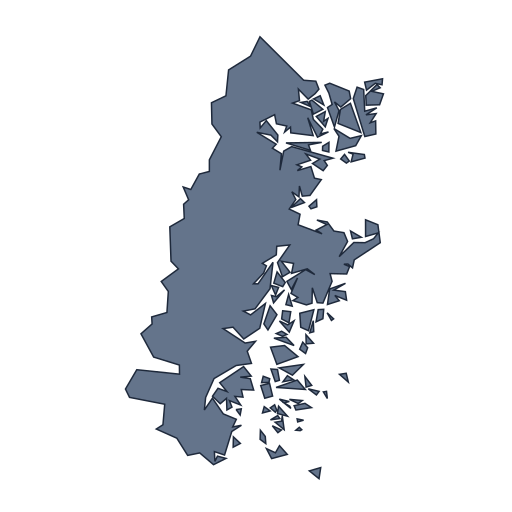 the Region of Aisén del General Carlos Ibáñez del Campo, rotated 183°
{"feature_id": "CHL-2691", "entity_name": "Aisén del General Carlos Ibáñez del Campo", "entity_type": "Region", "adm_level": 1, "iso_a3": "CHL", "parent_name": "Chile", "parent_adm1": "", "projection": "albers", "projection_center": [-74.056, -46.391], "detail": "fine", "context": "isolated", "style": "filled", "palette": "slate", "viewbox_px": 512, "rotation_deg": 183, "n_neighbors": 0, "source": "natural_earth", "source_scale": "10m", "svg_char_len": 6168}
<svg xmlns="http://www.w3.org/2000/svg" viewBox="0 0 512 512"><g transform="rotate(183 256 256)"><path d="M346.5,78.0L340.1,82.6L339.4,103.2L374.9,108.2L379.4,116.3L369.1,136.2L326.2,134.0L326.8,143.1L352.9,149.7L366.8,172.3L356.2,182.7L357.0,189.7L342.0,194.9L341.7,216.0L349.3,225.6L332.8,239.1L340.6,246.4L343.6,280.6L329.6,289.7L331.0,303.9L326.2,308.6L332.3,321.1L324.6,319.0L316.9,334.9L307.0,338.0L307.6,349.6L296.9,373.3L306.9,385.5L308.5,406.7L294.4,414.4L293.1,440.4L271.9,455.3L263.5,475.1L217.6,434.0L205.4,433.7L201.9,425.9L205.5,421.2L212.1,415.4L222.4,424.9L220.7,413.4L227.6,410.6L208.4,404.8L205.9,395.4L195.9,386.1L198.1,381.3L190.1,383.7L200.8,377.9L211.6,396.8L205.2,379.2L227.7,380.8L228.3,386.5L233.9,381.3L232.1,387.4L242.5,389.1L244.8,398.1L259.1,389.9L258.5,384.1L252.8,391.7L240.5,377.9L240.5,371.2L247.4,377.5L261.7,379.6L241.7,368.7L245.3,364.5L236.0,359.5L236.6,342.9L233.8,362.2L226.1,367.1L184.3,357.7L192.9,354.8L189.5,350.2L193.4,344.7L204.4,351.3L197.3,356.1L211.6,360.5L206.5,354.5L219.9,349.2L214.9,347.4L219.2,343.4L205.9,348.2L201.7,336.8L194.8,335.7L205.3,319.3L212.9,318.2L216.3,328.2L216.2,317.3L223.6,322.0L219.2,314.5L225.3,304.6L214.2,300.0L215.6,289.4L191.2,281.6L197.2,285.1L186.9,291.1L197.1,295.1L186.6,293.7L179.5,285.0L169.4,283.9L165.3,275.3L172.9,259.7L159.0,274.6L147.8,275.0L139.5,279.4L135.1,285.5L147.6,281.2L148.5,297.9L135.9,293.6L132.6,275.8L157.7,257.3L159.0,249.2L163.8,252.8L167.8,252.4L162.0,250.3L164.5,242.8L181.1,242.3L178.7,234.7L186.7,212.5L192.4,212.6L198.1,227.2L197.6,211.8L203.1,209.8L216.8,213.4L212.0,216.8L219.1,220.5L213.4,236.3L219.0,224.4L223.8,232.3L205.7,245.0L196.3,240.5L204.1,245.9L219.6,240.5L218.1,250.6L230.4,252.1L221.2,241.5L228.5,236.7L234.2,250.5L222.8,268.8L235.8,266.8L235.8,258.2L249.3,249.0L245.1,246.7L247.5,239.4L257.1,228.1L252.5,228.3L238.7,250.6L240.3,224.1L254.2,203.2L265.8,200.3L258.3,196.9L244.1,209.1L248.5,184.0L263.9,172.5L275.2,183.7L285.1,181.8L262.3,168.5L252.0,170.8L259.8,160.5L254.9,148.5L270.1,145.6L291.5,131.4L298.9,112.1L299.5,99.5L292.1,111.7L280.4,96.6L267.1,91.9L270.3,84.1L261.7,86.2L271.0,79.5L277.0,55.6L287.3,58.5L286.3,48.7L284.0,54.1L275.4,52.3L287.5,45.4L301.9,56.4L313.8,53.3L325.5,69.9L346.5,78.0ZM251.3,122.0L263.7,121.9L261.6,114.4L269.7,114.7L263.5,106.4L275.0,110.2L272.1,103.8L277.0,100.7L278.0,112.3L284.0,106.6L292.1,113.7L287.0,121.9L277.9,119.1L285.6,127.6L262.6,144.9L254.5,135.8L265.4,134.2L255.3,133.2L251.3,122.0ZM163.9,429.9L157.2,427.9L155.0,406.3L143.1,410.3L153.6,402.7L143.5,404.5L148.9,395.0L143.6,397.2L142.7,384.1L153.6,381.0L167.1,418.3L163.9,429.9ZM191.7,422.4L196.1,430.2L191.4,432.4L171.6,425.6L169.7,418.1L179.1,409.2L185.7,414.0L180.7,405.5L184.4,388.9L192.4,408.0L187.9,411.3L191.7,422.4ZM169.7,413.4L157.8,384.8L181.0,392.7L179.3,406.8L169.7,413.4ZM236.7,165.7L222.8,168.1L208.8,157.7L229.5,148.9L236.7,165.7ZM157.1,381.7L162.2,371.4L181.6,364.9L179.4,379.9L184.9,387.4L168.2,378.4L157.1,381.7ZM199.8,125.3L229.1,125.8L208.3,134.3L199.8,125.3ZM232.0,370.5L196.3,372.9L209.4,369.7L207.2,364.4L232.0,370.5ZM182.1,211.3L180.7,226.9L165.2,233.4L176.6,226.0L164.9,225.1L163.2,216.6L175.2,220.7L170.5,215.7L182.1,211.3ZM154.8,421.9L144.2,433.5L140.8,430.5L149.1,426.5L137.2,424.6L140.5,413.5L153.8,412.4L154.8,421.9ZM195.4,205.4L199.7,184.1L207.6,187.2L209.3,201.1L195.4,205.4ZM240.2,182.8L244.6,188.6L239.3,207.0L232.0,198.5L240.2,182.8ZM203.0,150.2L213.4,138.9L227.0,145.5L203.0,150.2ZM213.3,168.6L233.8,174.9L221.6,176.4L213.3,168.6ZM214.4,59.5L229.8,54.5L235.5,64.2L226.3,60.5L222.6,67.8L214.4,59.5ZM239.8,114.4L244.5,126.9L235.8,129.5L232.1,117.0L239.8,114.4ZM218.4,202.2L219.6,191.0L227.1,194.5L226.5,202.7L218.4,202.2ZM169.5,364.4L153.1,363.0L152.3,359.5L165.9,355.0L164.4,362.8L169.5,364.4ZM218.8,181.7L229.2,192.3L220.7,188.9L214.6,193.3L218.8,181.7ZM194.4,403.8L195.5,394.1L191.3,397.2L193.6,388.6L203.1,398.5L194.4,403.8ZM236.8,229.8L234.1,241.2L225.4,231.1L227.7,226.8L236.8,229.8ZM199.4,111.4L192.7,107.5L208.1,104.3L210.1,108.5L199.4,111.4ZM154.3,427.4L156.6,435.3L138.9,439.6L139.1,433.6L145.9,434.7L154.3,427.4ZM210.4,311.9L223.5,306.2L214.6,315.6L210.4,311.9ZM180.3,48.1L181.4,36.9L191.5,44.2L180.3,48.1ZM192.6,193.4L191.1,205.7L185.6,206.3L185.9,196.9L192.6,193.4ZM196.9,406.0L206.1,400.7L210.8,413.2L208.3,414.6L196.9,406.0ZM236.0,210.1L238.5,217.4L233.5,216.4L225.7,223.7L236.0,210.1ZM226.1,133.1L230.2,131.6L235.2,143.9L228.6,143.8L226.1,133.1ZM157.2,134.9L166.4,142.2L159.8,143.6L157.2,134.9ZM221.4,97.8L218.8,84.1L228.2,91.0L221.8,92.4L221.4,97.8ZM201.3,170.9L202.0,180.0L194.0,171.9L201.3,170.9ZM217.2,207.8L223.6,209.0L221.4,219.3L217.2,207.8ZM269.1,74.2L261.8,68.0L268.8,63.9L269.1,74.2ZM199.1,127.7L200.9,138.3L193.6,129.7L199.1,127.7ZM176.5,357.3L172.9,362.1L167.8,355.7L170.6,353.5L176.5,357.3ZM207.5,165.2L204.8,172.4L199.6,167.1L201.4,161.2L207.5,165.2ZM200.3,419.4L196.2,410.4L206.7,415.9L200.3,419.4ZM220.4,110.8L214.5,107.8L213.2,105.6L225.2,114.3L215.1,112.4L220.4,110.8ZM206.2,110.9L215.1,114.6L202.2,114.1L206.2,110.9ZM188.7,363.7L195.1,364.9L195.2,369.1L189.1,373.3L188.7,363.7ZM236.4,69.2L242.3,73.1L242.5,82.2L237.3,76.3L236.4,69.2ZM197.8,308.3L203.6,306.0L205.7,308.5L198.5,315.4L197.8,308.3ZM188.4,120.4L196.8,126.1L185.9,124.1L188.4,120.4ZM151.8,280.2L160.6,278.2L162.9,285.9L151.8,280.2ZM219.2,411.7L213.0,413.1L209.4,408.1L219.2,411.7ZM222.5,131.8L218.4,138.1L212.1,134.4L222.5,131.8ZM243.8,129.8L242.5,136.3L235.9,134.2L236.4,130.5L243.8,129.8ZM216.2,97.7L226.3,99.8L225.6,107.2L216.2,97.7ZM224.9,80.7L230.8,87.3L221.5,83.6L224.9,80.7ZM234.4,218.1L239.1,227.3L231.8,225.8L234.4,218.1ZM231.7,179.6L226.5,182.2L221.0,179.3L225.4,177.3L231.7,179.6ZM195.4,194.4L194.4,183.4L198.3,182.1L195.4,194.4ZM177.3,117.4L181.6,123.8L178.5,124.5L177.3,117.4ZM233.8,105.1L229.6,108.4L227.2,103.1L228.5,101.0L233.8,105.1ZM233.0,93.1L226.0,97.8L223.7,94.9L233.0,93.1ZM177.3,195.6L182.0,203.0L175.2,197.3L177.3,195.6ZM262.7,102.6L263.5,96.4L267.4,101.1L267.4,101.7L262.7,102.6ZM239.9,106.0L233.8,102.0L241.3,99.6L239.9,106.0ZM199.9,94.5L205.7,92.5L206.4,95.5L199.9,94.5ZM207.1,84.1L203.8,87.2L201.2,84.9L202.7,83.9L207.1,84.1Z" fill="#64748b" stroke="#1e293b" stroke-width="1.5"/></g></svg>